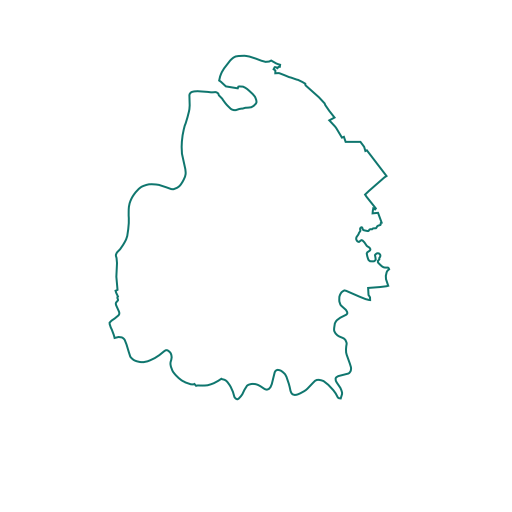 outline of Ninh Giang, Hải Dương, Vietnam, rotated 133°
{"feature_id": "81297802B74485828948407", "entity_name": "Ninh Giang", "entity_type": "district", "adm_level": 2, "iso_a3": "VNM", "parent_name": "Vietnam", "parent_adm1": "Hải Dương", "projection": "natural_earth1", "projection_center": [106.333, 20.753], "detail": "fine", "context": "isolated", "style": "outline", "palette": "teal", "viewbox_px": 512, "rotation_deg": 133, "n_neighbors": 0, "source": "geoboundaries", "source_scale": "gbopen_adm2", "svg_char_len": 6148}
<svg xmlns="http://www.w3.org/2000/svg" viewBox="0 0 512 512"><g transform="rotate(133 256 256)"><path d="M150.4,187.3L148.5,186.2L148.0,186.3L146.9,187.2L146.4,187.3L145.9,186.9L141.2,196.2L145.3,199.8L143.4,201.3L141.2,202.7L140.7,200.7L139.5,200.8L137.3,215.6L136.7,218.1L131.5,217.8L111.0,215.7L108.5,215.1L103.1,247.0L104.6,247.6L102.4,251.4L101.3,257.5L111.4,268.3L108.9,273.0L110.8,273.9L107.8,284.3L107.4,286.3L106.8,294.9L101.2,293.0L99.9,301.4L98.4,308.2L97.6,309.9L97.0,318.2L97.4,336.0L97.0,336.9L96.4,337.4L96.4,337.6L97.1,340.7L98.5,345.3L99.3,346.7L101.6,352.0L102.6,353.8L104.3,358.4L106.3,363.4L106.8,364.2L109.2,366.5L107.1,368.4L107.4,370.5L105.2,371.1L104.4,370.3L104.0,368.4L102.4,368.6L101.4,367.6L99.7,368.8L100.7,370.8L101.4,372.6L102.7,378.2L104.8,379.0L107.5,381.4L109.5,385.2L111.7,390.6L114.6,396.8L116.4,399.6L117.6,401.2L121.7,405.2L124.0,407.0L126.3,407.8L128.5,408.1L130.6,408.2L140.5,407.3L144.8,406.4L146.8,405.7L149.2,404.7L152.8,402.6L152.5,400.6L152.5,393.7L146.1,384.1L145.8,383.7L144.2,384.4L143.4,383.9L141.0,381.0L140.3,378.7L139.9,376.3L139.8,373.3L139.8,368.8L140.2,365.6L140.5,364.7L141.6,362.5L142.5,361.2L143.4,360.4L144.6,360.0L147.8,360.1L150.4,360.9L152.6,362.7L154.9,364.9L157.3,366.3L158.2,367.2L159.9,368.5L163.0,370.2L164.4,371.7L165.2,373.2L165.6,374.8L165.5,378.6L165.4,380.6L165.1,382.9L164.3,387.1L164.0,387.9L163.8,392.7L162.9,394.5L163.2,396.4L163.9,397.6L165.1,398.6L166.9,400.4L168.9,403.2L175.3,411.1L177.5,413.2L178.4,413.9L179.8,414.8L180.7,415.1L182.1,415.1L182.9,414.9L183.8,414.4L191.1,407.2L194.1,404.8L196.0,403.6L201.3,400.7L207.0,397.9L209.3,397.0L212.6,395.2L217.8,392.0L222.8,388.3L226.9,384.8L231.7,379.9L240.7,366.9L242.7,364.6L244.0,363.4L246.4,362.0L249.3,361.0L251.5,360.4L254.1,359.9L255.7,359.7L257.4,359.7L259.0,360.0L260.1,360.3L263.3,361.8L264.1,362.6L264.9,363.7L266.9,368.4L270.2,375.5L271.9,377.9L274.6,381.2L276.6,383.2L278.7,384.6L281.5,386.1L283.4,386.9L284.7,387.2L286.8,387.5L291.5,387.5L294.3,387.2L296.7,386.8L299.0,386.2L301.3,385.4L303.6,384.4L306.7,382.5L308.7,380.9L310.7,379.1L313.3,376.7L315.1,374.8L318.8,371.4L323.7,367.6L329.2,363.8L332.5,362.3L334.9,361.6L338.4,360.8L343.7,360.0L347.9,360.1L349.0,359.9L350.6,359.3L351.4,358.6L352.6,356.6L356.0,352.8L366.4,344.0L375.2,334.2L375.6,334.3L377.2,335.0L378.2,333.3L379.8,329.3L380.5,329.3L381.2,328.8L381.8,327.6L382.2,327.0L382.6,326.7L385.4,326.6L386.1,326.3L386.5,326.0L387.2,325.1L387.8,323.8L390.1,318.3L390.8,317.2L391.6,316.5L392.5,316.2L393.2,316.1L398.0,316.7L401.5,317.5L402.9,317.6L404.6,317.6L405.6,316.6L407.3,313.5L408.2,311.2L410.5,306.6L411.6,304.7L412.4,303.5L409.0,301.3L407.1,298.7L406.8,297.7L406.7,296.3L406.8,295.3L407.0,294.6L409.0,290.4L412.9,283.7L415.3,279.4L415.5,278.6L415.6,277.0L415.5,274.7L415.0,273.0L414.2,271.2L413.0,269.1L412.1,267.8L410.4,265.9L407.0,263.5L404.5,262.3L399.7,260.4L394.5,259.1L388.2,258.2L387.0,257.9L386.3,257.6L385.7,257.0L385.3,256.2L385.1,255.0L385.1,252.9L385.4,251.8L386.2,250.3L387.6,248.6L389.7,247.2L391.7,246.2L392.7,245.5L393.7,244.5L395.0,242.7L396.8,239.1L397.3,237.6L397.7,235.1L397.9,233.1L398.0,229.3L397.7,225.7L397.4,224.3L396.7,222.0L396.7,221.6L394.3,216.2L393.0,214.6L392.4,214.1L391.6,213.8L391.8,211.3L390.5,210.4L387.1,206.6L385.2,204.7L383.5,203.2L380.6,201.5L377.8,200.1L373.1,198.5L369.4,197.6L369.3,197.0L368.1,194.8L367.7,193.5L367.6,192.2L367.7,190.7L368.4,187.2L369.0,185.2L371.1,180.2L373.8,175.7L374.0,174.9L374.1,173.5L373.6,172.0L373.1,171.7L372.1,171.4L369.0,171.4L366.5,171.7L361.7,173.2L357.0,174.1L356.0,173.9L354.8,173.4L352.9,172.2L351.7,171.1L350.2,169.2L349.4,167.7L348.8,166.2L348.2,163.8L347.4,159.0L346.9,157.8L346.5,157.1L345.7,156.5L344.3,155.9L341.9,156.0L338.9,157.1L328.3,163.0L327.2,163.3L326.4,163.3L325.5,163.1L324.6,162.6L323.8,161.5L323.1,160.1L322.8,159.1L322.6,157.0L322.6,154.8L322.7,153.9L323.6,151.3L327.1,144.8L328.8,142.1L331.1,138.8L332.0,136.9L332.2,135.7L332.2,134.9L331.3,133.0L330.2,132.0L328.8,131.1L326.3,130.0L322.1,128.6L320.0,128.1L318.0,127.9L309.9,127.8L307.0,127.7L305.2,127.0L303.8,125.7L302.4,123.5L301.4,121.3L301.2,119.0L300.9,115.3L301.4,108.0L301.8,105.9L302.2,103.9L303.6,99.8L303.6,99.0L303.4,98.3L302.4,96.9L298.3,98.9L297.2,99.9L296.0,101.9L294.9,104.4L293.5,110.5L293.0,112.1L292.4,113.1L291.2,114.3L290.5,114.5L289.7,114.5L287.7,113.9L279.0,108.3L277.9,108.0L276.1,108.2L275.2,108.5L273.6,109.6L272.6,110.7L270.8,113.8L266.4,122.3L265.1,124.3L262.8,126.6L260.5,128.4L258.4,129.8L257.7,130.6L257.1,131.8L256.5,133.2L256.4,134.3L256.4,135.4L256.8,136.8L258.1,140.3L258.5,142.4L258.4,144.9L258.0,146.3L257.5,147.6L256.8,148.5L255.4,149.7L251.6,152.3L250.3,152.7L248.8,153.0L247.5,153.0L243.7,152.3L237.2,149.9L235.9,150.0L235.1,150.7L234.7,151.4L234.1,153.5L234.2,158.4L234.2,160.2L234.0,161.1L232.5,163.9L231.4,165.1L229.0,167.2L227.3,168.0L225.6,168.5L224.2,168.7L222.9,168.5L221.4,168.1L220.8,167.8L219.9,166.1L218.9,163.2L215.2,152.7L212.8,146.5L211.1,143.4L210.4,142.5L208.5,144.4L208.1,145.7L207.8,147.1L202.9,152.2L194.2,144.2L189.2,140.0L187.6,139.0L184.3,145.1L182.0,147.5L178.9,149.3L178.1,149.6L176.9,149.8L174.9,149.6L174.5,150.6L174.4,151.2L174.6,151.7L176.1,153.3L177.0,154.5L177.4,155.5L177.7,157.1L177.7,159.6L177.6,161.9L177.4,162.6L176.4,163.5L174.4,163.5L173.5,164.4L171.9,164.7L171.3,165.0L170.8,165.4L170.3,166.2L170.3,167.9L171.0,168.9L171.7,169.4L173.2,169.7L174.2,169.6L174.7,168.9L175.9,167.3L177.0,166.0L177.3,165.9L178.6,165.9L179.4,166.1L180.1,166.8L182.0,168.9L182.1,169.7L182.2,170.8L181.6,172.2L180.4,174.3L178.9,176.4L178.5,176.8L177.3,177.1L174.8,176.5L173.9,176.5L173.4,176.7L173.0,177.1L172.6,178.2L172.6,179.4L173.0,181.2L173.0,182.1L172.1,186.1L172.0,188.4L172.3,189.5L172.7,189.8L175.5,190.3L175.9,191.0L176.1,192.0L175.9,193.0L175.5,194.0L174.6,194.9L173.5,195.4L170.4,195.8L168.9,196.4L166.5,196.8L166.2,197.0L165.7,197.8L165.1,198.4L164.5,198.7L163.2,198.6L162.9,198.2L162.8,197.7L163.7,196.0L163.8,195.1L163.0,193.6L161.5,191.2L160.9,190.8L159.3,191.0L158.5,190.7L157.4,189.4L156.3,189.3L155.4,188.7L154.2,187.5L153.8,187.2L153.4,187.2L151.6,187.6L150.4,187.3Z" fill="none" stroke="#0f766e" stroke-width="2"/></g></svg>